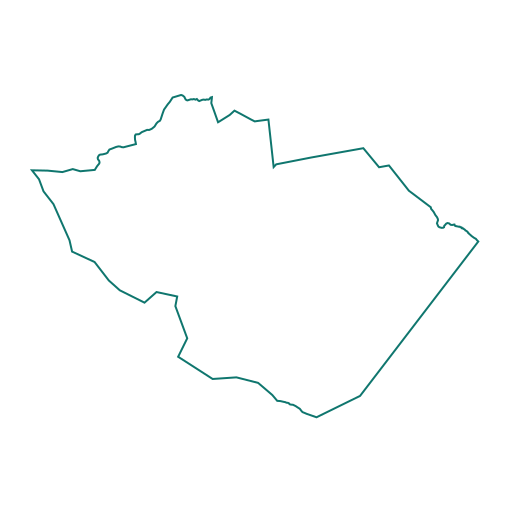 the district of Bayan-Ovoo, Bayanhongor, Mongolia, rotated 269°
{"feature_id": "93677404B1507170544198", "entity_name": "Bayan-Ovoo", "entity_type": "district", "adm_level": 2, "iso_a3": "MNG", "parent_name": "Mongolia", "parent_adm1": "Bayanhongor", "projection": "albers", "projection_center": [100.443, 46.171], "detail": "fine", "context": "isolated", "style": "outline", "palette": "teal", "viewbox_px": 512, "rotation_deg": 269, "n_neighbors": 0, "source": "geoboundaries", "source_scale": "gbopen_adm2", "svg_char_len": 2522}
<svg xmlns="http://www.w3.org/2000/svg" viewBox="0 0 512 512"><g transform="rotate(269 256 256)"><path d="M266.6,478.5L268.2,477.0L269.3,476.2L270.4,474.3L272.3,471.8L273.4,470.7L274.4,469.5L275.0,469.1L275.5,468.4L275.9,468.4L276.8,467.5L277.3,467.0L277.9,465.8L278.1,465.7L278.5,465.4L278.9,465.0L279.4,464.1L279.6,464.0L279.7,463.5L280.0,463.3L280.2,463.2L280.2,462.8L280.2,462.2L280.6,462.1L280.9,462.1L281.2,461.4L281.2,460.8L281.8,460.2L281.7,459.3L282.0,458.4L282.1,457.5L282.4,456.7L282.4,456.2L282.9,455.3L284.0,455.0L284.0,454.5L283.6,453.0L283.7,451.7L283.9,451.0L285.2,449.7L285.6,448.0L285.0,446.7L283.7,445.6L283.0,444.8L281.5,444.5L281.0,443.6L280.9,442.1L281.6,439.8L282.4,438.8L284.0,438.1L285.5,437.5L287.0,438.0L288.6,438.6L289.7,438.5L291.6,437.7L293.9,436.0L296.8,434.5L298.3,433.4L300.1,431.9L301.7,431.6L318.6,410.0L344.2,390.5L342.6,380.6L361.9,365.2L353.5,312.8L347.3,277.8L344.6,275.2L392.2,270.8L390.9,259.3L390.6,257.1L392.3,253.9L392.4,253.7L398.6,242.7L401.7,237.0L397.5,232.2L396.7,230.9L391.2,221.8L390.4,220.4L402.4,216.4L409.5,214.0L409.9,214.0L414.4,214.6L415.6,214.7L415.2,213.3L414.2,212.6L413.6,212.0L413.2,211.1L413.4,209.5L413.0,208.0L413.3,206.4L413.1,205.0L411.9,201.9L412.6,200.8L414.0,199.6L413.4,198.3L414.0,196.6L413.7,195.3L413.8,193.5L412.8,190.3L413.0,189.4L413.7,188.4L415.1,187.7L416.4,187.1L417.8,185.4L418.3,183.9L415.9,175.4L411.6,172.5L409.2,170.4L404.0,166.6L400.1,165.1L396.9,164.0L394.3,163.1L392.9,162.3L392.4,161.4L391.8,160.3L390.3,158.8L387.2,156.8L385.0,154.0L383.9,151.4L384.0,149.3L383.1,147.1L381.9,144.1L381.3,143.2L380.2,141.8L379.8,140.8L379.8,139.5L379.6,137.8L378.4,137.1L376.5,137.0L374.3,137.1L372.0,137.6L370.0,137.9L367.9,129.1L367.0,125.4L367.2,123.6L367.8,122.2L368.0,120.4L367.5,118.1L365.9,113.9L365.0,111.3L363.4,110.2L361.9,109.4L361.1,107.9L360.3,104.5L360.1,101.9L359.4,100.7L358.1,99.9L356.8,99.4L355.4,99.7L354.0,100.8L352.5,101.2L351.2,100.9L348.6,98.7L344.9,96.3L343.8,81.8L346.1,74.3L343.3,63.9L345.0,49.1L345.6,33.5L336.5,40.4L324.3,44.7L311.4,54.4L275.0,69.8L263.6,72.2L252.8,94.5L234.1,108.4L224.1,119.2L211.3,143.7L221.7,155.9L216.9,176.5L207.3,174.5L174.9,185.8L156.6,176.4L133.8,210.5L135.0,234.3L129.1,255.9L116.7,269.9L110.8,274.7L110.7,275.9L110.5,277.9L109.8,280.7L109.3,282.9L108.8,283.8L108.6,285.4L108.2,286.3L107.2,287.0L106.8,288.4L106.6,290.4L105.2,293.1L104.0,294.8L102.5,297.1L100.2,298.8L99.1,299.8L98.3,301.7L97.3,303.9L93.7,313.7L114.3,357.6L266.6,478.5Z" fill="none" stroke="#0f766e" stroke-width="2"/></g></svg>